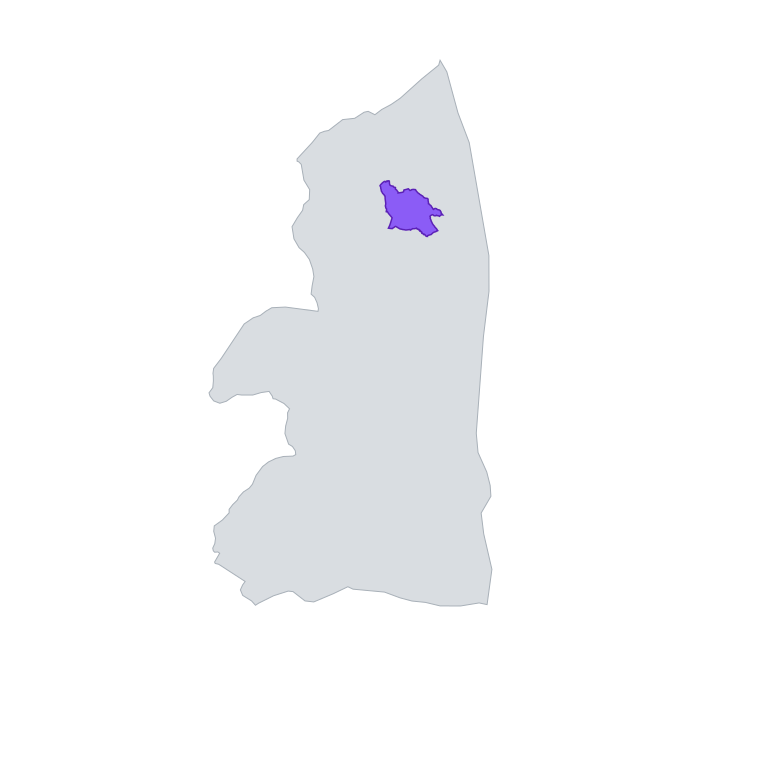 Jeadepo, River Gee, Liberia shown in context, rotated 232°
{"feature_id": "62588387B74933582499482", "entity_name": "Jeadepo", "entity_type": "district", "adm_level": 2, "iso_a3": "LBR", "parent_name": "Liberia", "parent_adm1": "River Gee", "projection": "orthographic", "projection_center": [-8.425, 5.368], "detail": "fine", "context": "in_parent", "style": "filled", "palette": "violet", "viewbox_px": 768, "rotation_deg": 232, "n_neighbors": 0, "source": "geoboundaries", "source_scale": "gbopen_adm2", "svg_char_len": 5969}
<svg xmlns="http://www.w3.org/2000/svg" viewBox="0 0 768 768"><g transform="rotate(232 384 384)"><path d="M146.7,329.4L152.9,324.2L162.0,307.6L174.6,291.6L186.4,282.2L195.8,272.4L205.6,265.0L219.7,256.3L241.4,233.3L246.5,230.7L250.0,214.8L255.5,194.5L261.7,188.2L276.4,184.5L279.8,181.0L285.1,166.7L288.5,150.1L288.8,146.5L294.6,146.1L304.4,142.5L310.2,144.1L312.7,148.9L313.9,153.0L343.8,142.7L346.5,140.5L348.0,140.9L351.8,150.3L353.9,149.7L355.7,147.0L357.7,146.8L360.1,148.0L362.4,152.4L366.2,156.3L372.7,159.1L376.7,162.9L376.3,172.9L377.8,182.6L380.6,184.8L382.1,190.6L382.8,197.0L384.4,200.4L385.5,206.8L384.9,213.7L386.0,218.6L390.8,227.0L393.7,237.5L393.7,245.0L392.0,252.9L388.8,260.1L383.2,267.9L382.7,271.0L386.0,273.0L391.1,273.4L395.3,271.8L405.9,275.4L411.4,280.6L416.3,287.0L420.7,290.3L422.6,294.3L430.2,293.2L438.9,289.3L440.7,287.5L443.3,288.5L448.9,288.9L452.9,281.9L456.1,273.8L462.9,265.1L466.2,261.8L467.1,256.2L467.5,249.1L469.9,242.8L475.5,239.4L481.5,239.4L484.8,240.7L486.5,246.8L491.4,251.4L495.5,254.5L497.7,255.8L501.2,259.4L504.4,271.6L517.4,310.8L516.7,321.6L514.2,328.7L514.1,335.7L513.2,342.5L505.3,353.7L481.9,376.7L483.7,378.7L489.3,381.3L495.0,382.7L499.7,381.9L505.5,387.7L511.8,394.9L518.5,398.6L528.1,401.9L536.6,402.3L543.7,401.0L553.8,402.4L564.6,408.4L568.4,418.2L571.0,426.8L574.8,431.2L575.3,438.6L582.9,445.1L593.9,446.4L608.0,454.0L611.6,453.6L613.1,452.7L614.9,454.1L618.5,476.2L621.3,487.9L619.8,492.7L617.9,496.4L617.8,514.2L611.4,524.5L610.4,535.7L608.6,539.4L601.8,542.6L601.7,551.3L599.9,561.7L599.2,572.8L601.2,601.8L601.6,623.4L604.6,627.5L591.3,625.7L552.1,609.2L521.8,599.8L420.6,545.7L392.5,523.9L360.2,491.6L288.4,426.4L272.1,415.9L251.4,410.8L238.7,405.2L229.7,399.1L222.5,381.1L204.5,370.3L171.5,354.9L146.7,329.4Z" fill="#d9dde1" stroke="#a8b0b8" stroke-width="1"/><path d="M523.1,522.8L523.1,522.7L523.4,521.9L524.6,519.2L524.4,518.9L523.5,517.8L523.6,517.0L523.6,516.8L523.8,516.4L524.6,514.9L525.9,512.7L526.0,512.8L526.7,513.3L527.9,513.3L528.3,513.3L528.9,513.4L529.1,513.4L529.4,513.3L529.9,513.1L530.7,513.0L530.9,513.1L531.2,513.6L531.5,513.9L531.8,513.9L532.2,513.8L533.0,513.0L533.6,512.8L533.8,512.8L534.2,513.0L534.3,513.0L534.4,512.9L534.5,512.8L535.0,512.3L535.9,511.6L536.8,511.2L537.4,511.2L537.7,511.4L538.2,511.5L538.5,511.7L540.0,512.7L540.6,513.1L540.8,513.1L541.0,513.0L541.0,512.8L541.3,512.6L541.6,512.3L541.5,511.7L541.9,511.7L542.0,511.4L542.4,510.8L542.2,510.1L542.0,509.8L542.1,509.7L542.5,509.7L543.2,509.3L543.4,508.9L543.5,507.6L543.4,505.8L543.1,504.0L542.9,503.3L542.8,503.1L542.7,502.9L542.3,502.8L541.4,502.7L540.2,501.9L539.5,501.6L538.8,501.4L538.6,501.2L538.3,501.1L537.8,500.7L536.6,500.6L536.2,500.5L535.7,500.4L535.1,500.3L533.5,500.5L533.4,500.5L533.1,500.6L532.7,500.5L532.0,500.3L531.8,500.4L531.4,500.5L529.2,498.9L527.0,497.6L525.3,496.6L524.5,495.9L523.7,494.9L523.4,494.6L522.8,494.5L521.7,493.8L520.3,493.8L519.6,493.1L519.1,492.6L518.5,491.9L518.4,491.8L518.2,491.9L518.1,492.1L517.8,492.4L517.7,492.7L517.7,492.8L516.1,492.6L515.7,492.5L514.1,492.6L513.3,492.6L511.9,492.7L510.0,492.7L509.4,491.9L506.2,487.3L505.4,486.0L504.1,483.4L502.8,484.6L501.7,485.8L501.3,486.3L501.4,487.4L501.2,488.2L501.3,489.1L501.2,489.9L500.9,490.3L499.9,490.7L498.8,491.1L497.6,491.6L496.3,492.1L495.2,493.1L494.0,494.0L493.3,494.8L492.0,495.9L491.9,496.0L491.5,496.6L491.1,497.3L490.5,498.3L489.8,499.5L489.1,499.5L488.9,499.8L489.0,500.6L488.8,501.3L488.8,502.2L488.3,502.7L487.8,503.5L487.4,503.9L487.0,505.0L486.8,505.6L486.3,505.6L485.7,505.5L485.5,505.9L484.9,506.0L484.6,506.5L484.1,506.3L483.7,506.4L483.7,506.6L483.3,506.5L483.3,506.8L482.9,507.0L482.7,507.0L482.7,506.8L482.5,506.5L482.3,506.4L482.0,506.6L481.8,506.7L481.8,506.9L481.6,507.0L481.2,507.0L480.8,507.2L480.5,507.0L480.4,507.1L480.2,507.2L479.8,507.0L479.5,506.6L479.4,506.6L479.2,506.8L479.0,507.0L478.8,507.1L478.5,507.1L478.2,507.2L477.9,507.4L477.7,507.6L477.4,507.3L477.2,507.3L477.1,507.5L477.1,507.8L476.8,507.8L476.7,507.9L476.6,508.1L476.3,508.2L475.7,508.1L475.4,508.1L474.9,508.1L474.6,508.2L474.1,508.4L473.9,508.7L473.8,509.1L473.6,509.2L473.9,509.5L474.0,509.9L473.9,510.5L473.7,510.9L473.4,511.6L473.1,512.5L472.8,512.9L472.9,514.8L473.0,515.5L473.0,516.1L472.9,516.6L472.7,517.3L472.6,517.7L472.2,518.4L472.1,518.9L472.1,519.7L471.7,520.5L471.7,520.8L471.9,520.8L472.3,520.7L472.8,520.8L473.0,520.9L473.4,520.9L473.8,520.9L474.2,521.0L474.7,520.9L475.0,520.8L475.3,520.8L475.6,520.8L476.2,520.7L476.7,520.7L477.0,520.9L477.3,520.9L478.0,520.8L479.3,520.8L480.6,520.9L481.7,521.2L482.4,521.3L483.0,521.5L483.5,521.5L484.1,521.9L484.7,522.0L485.3,522.2L486.0,522.3L486.5,522.9L486.9,523.2L487.4,523.2L487.7,523.3L487.9,523.6L488.0,524.2L487.9,525.4L487.6,526.4L487.0,526.8L486.1,526.9L485.7,527.2L485.5,527.3L485.1,527.8L484.8,528.3L484.8,529.0L484.6,529.3L484.0,529.4L483.9,529.6L483.6,530.0L483.1,530.4L482.6,530.7L482.0,530.9L482.0,531.4L482.1,532.3L482.0,533.2L481.5,534.0L481.1,534.4L481.3,534.4L482.6,534.3L483.5,534.2L484.2,534.8L485.2,534.9L485.6,534.9L486.0,535.1L486.3,535.0L487.0,534.8L487.1,534.7L487.4,534.5L487.6,534.3L488.3,533.7L488.9,533.4L489.8,533.3L490.3,532.9L490.9,532.4L491.2,531.2L491.0,530.6L491.4,530.4L492.2,530.4L493.0,530.6L493.5,530.6L493.8,530.5L494.4,530.7L494.8,530.7L495.4,530.8L495.8,530.8L496.3,530.5L497.3,530.5L497.7,530.5L497.8,530.5L498.2,530.2L498.7,530.0L499.3,530.5L500.0,531.0L501.3,531.6L502.3,532.4L503.1,532.6L503.6,532.4L504.1,531.9L504.6,531.4L505.0,530.9L505.6,530.7L506.0,530.6L506.3,530.2L507.3,530.2L508.2,530.2L508.6,530.1L508.9,529.9L509.7,529.6L510.3,529.5L510.9,529.2L511.7,528.9L512.0,528.9L512.4,528.9L512.7,528.7L513.2,528.5L514.4,528.4L515.2,528.3L516.4,528.3L517.0,528.3L517.5,528.5L517.9,528.4L518.2,527.9L518.7,527.6L519.2,527.0L519.7,526.3L520.2,525.3L520.2,524.8L520.1,524.4L520.2,524.2L520.4,523.9L520.5,523.6L521.4,523.5L521.9,523.5L522.8,523.4L523.1,522.8Z" fill="#8b5cf6" stroke="#5b21b6" stroke-width="1.5"/></g></svg>